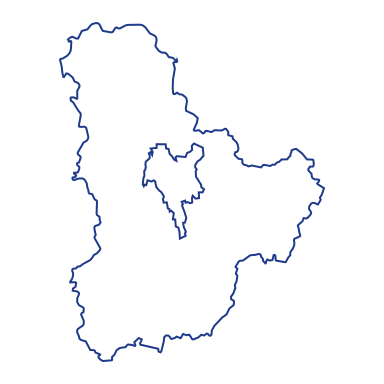 Kiev, Albers equal-area conic projection
{"feature_id": "UKR-321", "entity_name": "Kiev", "entity_type": "Region", "adm_level": 1, "iso_a3": "UKR", "parent_name": "Ukraine", "parent_adm1": "", "projection": "albers", "projection_center": [30.544, 50.332], "detail": "fine", "context": "isolated", "style": "outline", "palette": "blue", "viewbox_px": 384, "rotation_deg": 0, "n_neighbors": 0, "source": "natural_earth", "source_scale": "10m", "svg_char_len": 5887}
<svg xmlns="http://www.w3.org/2000/svg" viewBox="0 0 384 384"><path d="M96.0,23.0L98.0,23.3L99.5,24.5L101.8,29.3L102.9,30.9L111.1,32.4L112.7,32.0L115.2,28.2L116.4,27.4L118.7,28.5L119.9,28.4L125.4,25.5L127.5,24.9L140.2,24.7L142.8,25.4L145.3,27.3L149.9,33.4L154.5,35.6L155.7,36.7L156.5,38.7L156.5,41.3L155.4,45.7L156.0,47.2L158.8,50.8L161.4,52.5L165.4,52.8L166.8,54.1L168.8,57.1L172.7,57.8L174.9,59.7L175.6,61.0L176.6,60.8L176.9,60.0L177.2,61.0L176.9,61.9L173.8,62.3L173.3,63.2L174.5,66.9L174.8,69.0L173.0,79.5L172.7,88.4L173.2,93.3L173.9,94.1L174.9,94.0L177.1,92.7L179.2,94.2L182.4,94.7L185.6,97.3L186.5,98.8L187.0,101.4L185.8,108.3L186.2,110.9L193.5,114.3L197.7,118.0L196.9,122.7L194.0,129.1L193.8,130.1L194.1,130.5L195.6,130.8L199.0,130.2L202.9,133.4L204.2,133.0L205.3,131.2L206.1,130.8L211.6,132.0L214.6,130.2L221.8,130.5L225.1,128.7L226.1,128.9L228.4,132.1L228.1,134.8L228.4,135.2L232.6,136.4L232.8,138.7L236.4,142.1L237.7,144.6L238.4,148.1L238.2,149.8L237.3,151.7L235.2,152.3L234.7,153.9L234.7,155.0L238.4,158.7L242.0,159.3L242.4,160.7L242.3,162.7L243.6,164.6L246.5,165.3L248.5,166.4L251.8,165.5L261.0,167.4L263.2,165.1L264.1,164.8L270.1,166.0L272.6,164.7L274.9,164.7L276.9,162.6L279.2,161.8L281.5,159.5L287.3,159.3L289.0,156.9L290.4,155.9L290.4,154.0L291.3,152.4L291.6,150.4L294.2,149.2L296.2,148.9L302.0,153.3L307.0,159.4L312.6,159.6L313.2,160.0L313.8,162.9L313.5,166.0L312.8,166.6L310.0,166.6L308.4,169.0L308.3,170.3L311.5,173.8L311.9,177.1L312.8,178.3L314.9,179.4L318.5,179.5L319.2,180.2L319.0,181.3L317.2,183.5L317.8,184.3L324.0,188.2L321.8,194.6L319.9,197.7L320.7,199.6L320.4,200.4L317.9,204.5L314.3,202.9L312.6,202.9L311.3,203.5L309.4,206.1L309.0,208.0L309.2,209.2L311.1,212.3L311.1,213.3L310.4,214.8L307.4,218.0L305.7,218.5L303.7,218.1L302.4,221.3L298.1,225.1L297.8,225.8L298.6,228.1L299.3,232.3L300.2,235.1L300.1,236.2L294.3,238.9L293.9,240.0L294.4,243.1L294.1,245.5L292.9,248.5L290.3,252.2L290.2,255.3L288.3,257.4L285.9,261.9L285.1,262.2L276.2,260.6L275.6,259.9L275.5,255.9L274.6,254.9L273.6,255.2L272.9,258.5L272.3,260.0L269.8,260.6L267.4,259.5L266.5,260.6L265.8,263.1L265.4,263.4L263.1,260.9L262.8,258.8L261.3,257.0L260.6,254.6L259.0,253.9L255.6,254.8L250.2,255.3L243.0,260.5L239.7,260.9L238.6,261.7L235.5,266.9L237.4,268.9L235.9,273.3L236.2,274.3L237.2,275.3L237.3,276.3L236.5,281.5L234.9,284.7L235.3,288.2L233.1,293.9L231.0,296.6L231.2,299.3L233.8,300.8L234.0,302.4L233.7,305.0L229.4,308.5L226.4,314.6L222.3,317.4L214.4,325.8L211.8,330.5L211.5,334.5L210.5,335.7L209.2,335.5L207.8,333.8L206.7,333.6L204.2,335.5L201.2,334.8L198.4,337.4L193.2,339.5L192.2,339.1L189.3,334.7L186.5,335.2L183.1,334.0L180.6,338.2L176.6,336.6L175.0,337.9L171.6,339.0L170.8,338.6L169.8,336.9L168.3,335.6L165.9,335.5L164.2,337.3L163.8,341.3L161.3,351.4L160.6,352.3L158.8,351.7L158.3,350.5L158.3,349.0L157.5,348.6L140.4,344.7L140.0,343.4L141.6,340.2L141.7,339.3L138.8,338.1L134.3,342.2L135.4,345.4L134.9,346.0L132.2,345.0L128.0,344.5L126.7,345.6L125.6,347.2L119.9,347.9L116.7,350.1L114.6,354.4L112.0,357.2L112.1,359.8L111.8,360.3L103.1,361.0L101.6,360.4L99.6,358.9L98.5,357.3L98.7,355.8L100.1,354.7L99.7,354.2L95.5,352.6L94.7,350.6L93.6,350.1L90.3,350.0L85.8,341.4L81.4,340.1L79.4,338.7L78.9,336.1L77.1,332.3L77.2,330.2L77.9,328.9L82.9,325.5L83.7,324.2L83.8,321.0L81.1,314.6L81.6,313.2L83.5,312.0L83.8,308.7L83.3,307.6L79.0,305.2L77.2,302.1L77.3,298.1L78.9,294.4L79.0,293.4L78.6,292.4L77.3,291.5L72.7,290.7L73.0,288.6L75.6,286.6L76.1,283.2L76.0,282.6L75.3,282.2L70.2,282.4L70.2,281.7L72.2,278.7L73.1,275.1L73.1,273.3L72.1,270.4L72.5,269.3L73.3,268.7L75.9,268.4L77.6,266.6L79.8,266.4L83.2,263.9L90.3,260.0L92.6,257.2L93.8,255.1L96.8,253.4L99.5,250.6L100.4,248.9L100.1,247.9L94.5,237.9L94.5,236.9L95.7,234.9L94.5,229.5L94.4,227.2L95.1,226.0L99.0,224.7L100.5,222.6L100.5,222.0L99.8,220.5L99.5,216.8L97.1,215.1L96.6,213.8L97.0,201.4L96.7,200.6L94.6,199.3L92.2,194.2L89.1,193.4L88.7,192.6L88.4,190.3L87.3,187.2L86.7,183.2L85.4,180.9L84.3,179.4L82.6,178.4L78.7,178.5L74.1,180.1L73.0,179.7L72.4,178.5L72.6,177.5L75.2,177.1L76.2,175.8L76.1,175.3L74.0,173.6L74.1,172.7L77.6,172.6L78.4,171.3L79.3,168.5L79.3,166.9L77.3,165.1L77.0,163.3L79.1,162.3L80.7,157.5L80.4,156.5L78.1,154.4L77.7,153.6L77.8,152.5L83.5,142.6L86.7,140.7L87.6,139.5L88.2,138.2L88.3,136.7L86.2,127.8L84.5,126.7L79.9,126.9L79.0,126.4L78.9,125.3L80.8,115.1L80.6,113.4L78.2,110.5L73.2,102.4L70.9,100.7L70.6,98.8L70.6,97.9L71.1,97.4L73.9,97.4L76.9,98.9L77.3,98.0L77.2,91.0L79.5,86.6L79.4,84.9L78.0,83.0L74.5,81.4L72.7,77.5L68.2,73.8L66.3,73.4L64.1,76.9L63.4,77.0L62.5,73.6L61.6,66.1L60.0,59.8L60.6,58.9L62.6,58.6L67.3,55.7L69.6,53.0L70.5,51.1L71.0,48.3L71.3,41.8L70.8,41.0L69.0,41.6L67.9,39.5L70.3,37.5L72.4,36.8L76.3,38.5L78.1,38.5L81.8,31.0L87.5,29.3L90.2,25.8L92.1,24.1L96.0,23.0ZM195.5,198.6L199.0,198.1L198.8,192.3L202.6,192.3L204.0,189.2L201.3,187.2L201.1,184.7L196.0,176.7L195.7,171.4L196.7,169.6L195.1,167.0L195.3,164.8L197.4,161.5L200.1,159.7L203.5,155.7L202.8,147.7L193.9,143.5L191.8,145.9L192.1,150.0L190.0,151.8L187.1,153.0L185.5,157.0L176.7,156.2L175.5,157.5L176.4,160.8L174.0,159.6L172.2,156.5L169.7,154.0L168.5,149.0L166.1,148.4L165.7,144.3L156.6,144.2L156.6,147.9L150.7,148.5L152.7,152.0L152.1,155.0L150.5,152.2L148.8,153.3L149.7,155.6L149.6,158.3L145.8,161.7L145.4,164.2L145.8,167.1L145.2,169.8L144.2,171.1L144.4,175.9L143.4,178.2L142.8,184.3L143.8,186.2L144.6,184.7L146.2,185.1L147.6,180.3L151.5,181.5L153.7,180.4L155.1,181.3L156.3,187.0L158.7,190.0L161.6,192.5L163.9,196.5L163.0,199.2L163.6,202.6L166.8,202.4L167.8,208.4L169.4,209.1L169.7,211.6L171.3,210.8L173.8,213.1L172.9,219.4L175.2,219.5L175.8,226.5L178.3,227.5L179.5,231.9L179.9,238.6L185.7,235.8L184.9,233.4L185.9,231.9L183.7,226.7L183.1,222.8L184.9,222.6L186.3,218.0L184.7,212.5L182.0,205.4L182.9,204.1L181.7,201.8L185.1,200.6L185.6,202.7L187.6,202.1L190.2,203.2L192.2,202.5L192.0,198.1L192.7,195.7L195.5,198.6Z" fill="none" stroke="#1e3a8a" stroke-width="2"/></svg>